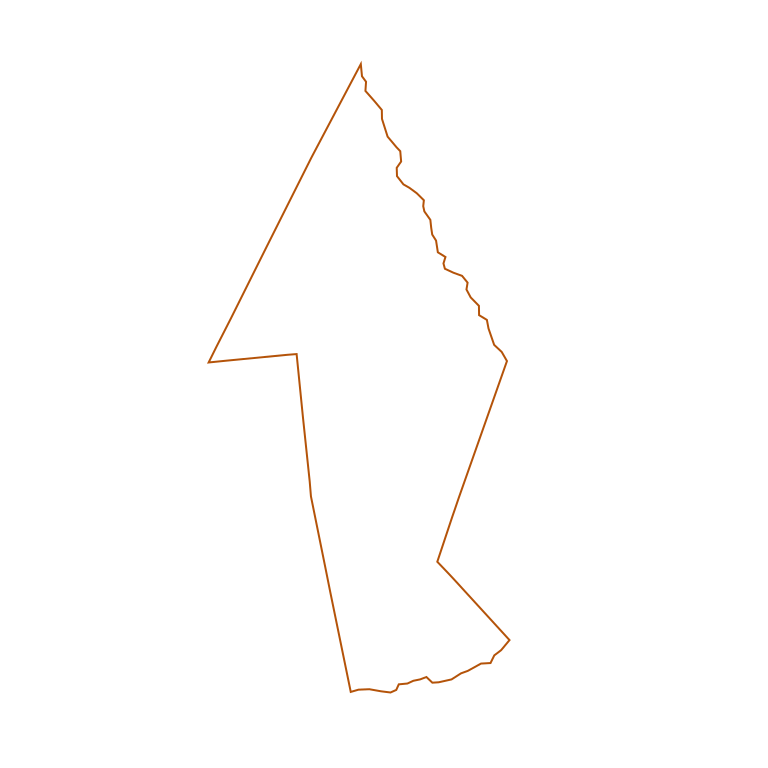 Maravilha, Alagoas, Brazil (Robinson projection), rotated 102°
{"feature_id": "56859067B39039377802741", "entity_name": "Maravilha", "entity_type": "district", "adm_level": 2, "iso_a3": "BRA", "parent_name": "Brazil", "parent_adm1": "Alagoas", "projection": "robinson", "projection_center": [-37.404, -9.243], "detail": "fine", "context": "isolated", "style": "outline", "palette": "amber", "viewbox_px": 768, "rotation_deg": 102, "n_neighbors": 0, "source": "geoboundaries", "source_scale": "gbopen_adm2", "svg_char_len": 1135}
<svg xmlns="http://www.w3.org/2000/svg" viewBox="0 0 768 768"><g transform="rotate(102 384 384)"><path d="M608.4,208.0L561.2,274.0L555.6,282.0L546.8,294.9L499.6,289.6L492.4,288.7L479.8,287.2L336.0,268.5L328.2,275.5L322.8,284.4L308.0,293.3L299.9,296.7L296.9,305.3L287.8,307.4L281.3,317.2L274.4,323.0L267.5,323.3L262.0,330.1L260.7,339.3L258.6,348.4L253.7,350.9L247.0,350.3L244.0,358.7L232.9,362.9L227.8,367.9L221.4,370.3L213.8,372.8L206.8,380.4L201.9,382.6L196.0,383.2L190.6,391.6L186.8,400.0L184.7,406.5L178.0,414.5L169.9,416.5L162.8,413.5L152.9,416.5L149.9,420.9L141.3,431.9L125.1,441.1L116.4,443.1L108.9,452.7L101.2,463.1L92.1,464.4L87.6,469.5L75.9,473.2L177.7,502.1L274.8,527.5L351.7,547.4L382.6,555.7L399.4,560.0L394.2,543.8L390.7,532.7L375.6,484.8L372.9,475.7L433.3,456.4L494.8,436.4L509.1,432.1L577.6,402.4L598.7,393.3L692.1,352.5L688.3,345.4L685.6,334.9L685.2,323.0L684.4,313.5L680.7,308.4L674.7,307.1L672.1,298.8L668.2,293.6L665.4,287.2L661.8,281.6L666.1,274.6L664.4,268.5L658.9,256.5L651.0,248.5L647.2,242.4L637.3,231.0L634.8,221.8L626.5,219.7L620.0,214.1L608.4,208.0Z" fill="none" stroke="#b45309" stroke-width="2"/></g></svg>